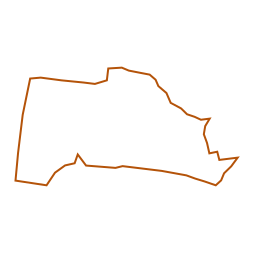 outline of Araricá, Rio Grande do Sul, Brazil, rotated 272°
{"feature_id": "56859067B79934571610065", "entity_name": "Araricá", "entity_type": "district", "adm_level": 2, "iso_a3": "BRA", "parent_name": "Brazil", "parent_adm1": "Rio Grande do Sul", "projection": "orthographic", "projection_center": [-50.935, -29.642], "detail": "fine", "context": "isolated", "style": "outline", "palette": "amber", "viewbox_px": 256, "rotation_deg": 272, "n_neighbors": 0, "source": "geoboundaries", "source_scale": "gbopen_adm2", "svg_char_len": 695}
<svg xmlns="http://www.w3.org/2000/svg" viewBox="0 0 256 256"><g transform="rotate(272 128 128)"><path d="M99.2,19.0L71.5,17.4L67.9,48.6L80.8,56.6L88.4,66.4L90.9,75.9L99.8,78.7L89.0,87.4L87.7,116.9L89.7,123.9L86.3,163.2L82.7,188.0L79.8,196.9L77.2,206.6L73.8,217.7L78.9,222.9L86.1,225.6L93.3,232.5L102.2,238.6L99.3,220.4L107.4,218.0L105.5,210.2L115.8,207.5L124.4,204.0L132.6,205.1L140.2,209.3L138.8,200.6L141.5,194.2L143.8,186.5L149.4,180.4L154.6,169.8L164.3,165.2L170.9,156.9L177.2,153.9L182.1,147.8L183.5,138.7L185.4,126.8L188.1,119.7L186.8,106.2L174.9,105.2L170.9,93.4L171.9,81.9L173.3,59.9L175.3,39.0L174.0,28.5L137.5,22.3L99.2,19.0Z" fill="none" stroke="#b45309" stroke-width="2"/></g></svg>